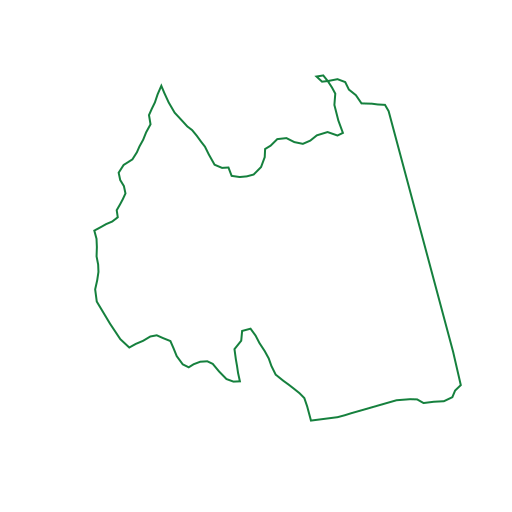 Ibiraçu, Espírito Santo, Brazil (Robinson projection), rotated 345°
{"feature_id": "56859067B2764192939297", "entity_name": "Ibiraçu", "entity_type": "district", "adm_level": 2, "iso_a3": "BRA", "parent_name": "Brazil", "parent_adm1": "Espírito Santo", "projection": "robinson", "projection_center": [-40.429, -19.829], "detail": "fine", "context": "isolated", "style": "outline", "palette": "green", "viewbox_px": 512, "rotation_deg": 345, "n_neighbors": 0, "source": "geoboundaries", "source_scale": "gbopen_adm2", "svg_char_len": 1916}
<svg xmlns="http://www.w3.org/2000/svg" viewBox="0 0 512 512"><g transform="rotate(345 256 256)"><path d="M419.7,143.4L412.7,141.1L407.4,138.9L397.4,135.9L394.1,126.5L388.8,119.3L387.2,111.1L380.5,106.3L370.6,105.6L373.0,112.9L374.6,119.7L370.8,130.4L370.6,146.4L371.8,159.6L365.9,160.7L357.2,154.8L346.0,155.2L338.3,158.6L330.3,159.8L322.5,155.9L315.9,150.0L306.8,148.6L298.7,153.2L292.5,155.0L290.0,162.8L283.9,171.4L274.8,176.7L267.7,176.7L260.7,175.5L253.2,172.3L252.3,163.4L246.0,162.1L239.6,157.1L236.7,145.7L235.0,137.2L232.5,131.3L229.9,124.5L226.9,117.9L223.2,113.1L219.4,105.8L214.5,96.5L211.4,85.1L209.6,74.6L208.6,67.1L202.8,74.4L198.1,81.5L193.4,86.9L189.1,92.2L188.2,101.5L181.9,108.1L177.1,114.5L171.8,120.0L167.8,125.0L161.6,130.7L151.7,133.8L144.9,140.0L144.5,147.5L146.5,154.3L146.1,161.8L142.1,166.6L138.0,171.0L133.3,175.7L132.5,182.8L126.0,185.5L119.5,186.4L113.3,188.0L106.4,189.6L106.4,198.1L104.6,206.2L101.9,215.1L101.3,223.5L99.7,230.6L96.3,238.4L92.0,246.6L90.4,258.8L97.5,283.7L103.4,301.2L109.9,311.6L117.1,309.8L125.0,308.7L133.1,306.4L139.6,306.9L144.9,311.2L151.3,316.0L152.5,324.0L153.5,332.2L157.2,341.7L162.2,346.1L167.8,344.4L174.8,343.7L181.7,345.1L186.3,349.0L190.4,357.9L195.6,367.2L201.7,371.5L208.0,372.9L208.4,364.3L209.2,357.4L209.8,350.6L211.1,340.4L219.8,334.0L223.2,324.8L231.9,324.8L235.0,332.8L236.8,341.0L239.8,350.1L241.8,358.3L242.4,366.1L244.3,375.7L250.1,383.6L254.4,388.9L258.2,393.9L262.4,399.6L265.9,405.7L266.5,414.6L266.5,421.4L266.5,429.2L293.1,432.8L300.6,432.8L307.4,432.5L354.4,431.7L367.8,434.2L374.5,436.2L379.8,441.4L390.0,442.8L399.9,444.9L409.1,443.2L413.5,437.5L420.4,433.7L421.6,399.6L421.6,381.8L421.6,357.6L421.6,341.7L421.6,331.5L421.6,309.4L421.6,268.0L421.6,246.1L421.6,237.0L421.6,224.7L421.6,196.9L421.6,150.4L419.7,143.4ZM370.6,105.6L367.7,99.0L360.9,98.3L364.9,104.7L370.6,105.6Z" fill="none" stroke="#15803d" stroke-width="2"/></g></svg>